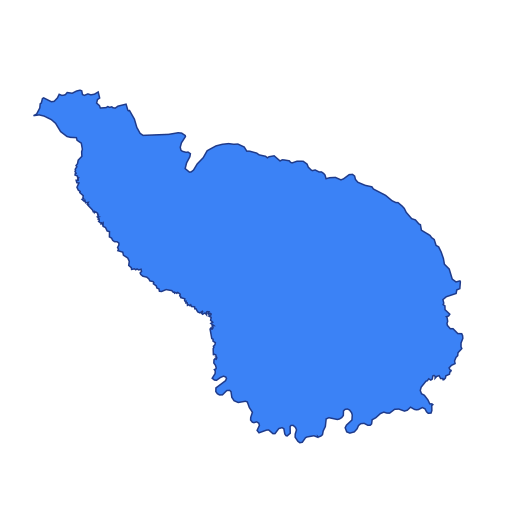 Valencia, Córdoba, Colombia (orthographic projection), rotated 81°
{"feature_id": "7082276B67113151062555", "entity_name": "Valencia", "entity_type": "district", "adm_level": 2, "iso_a3": "COL", "parent_name": "Colombia", "parent_adm1": "Córdoba", "projection": "orthographic", "projection_center": [-76.176, 8.204], "detail": "fine", "context": "isolated", "style": "filled", "palette": "blue", "viewbox_px": 512, "rotation_deg": 81, "n_neighbors": 0, "source": "geoboundaries", "source_scale": "gbopen_adm2", "svg_char_len": 6058}
<svg xmlns="http://www.w3.org/2000/svg" viewBox="0 0 512 512"><g transform="rotate(81 256 256)"><path d="M92.5,358.2L92.6,359.3L91.8,359.8L85.7,360.6L86.4,368.9L87.9,371.9L87.2,374.1L86.1,375.1L86.3,377.4L85.2,379.0L86.0,380.8L85.5,386.6L83.0,387.1L80.0,389.5L76.7,388.1L75.5,385.7L69.3,386.2L70.9,390.2L71.0,393.9L69.6,396.7L70.5,400.4L69.4,402.1L65.6,402.3L64.7,403.9L65.0,407.5L66.5,412.1L65.0,416.9L66.8,419.0L67.1,420.8L67.0,422.7L65.5,425.1L68.8,427.4L71.7,431.2L71.6,434.0L66.6,441.0L67.1,442.3L71.3,444.1L71.9,445.3L76.0,446.4L81.5,450.5L82.6,453.8L82.7,448.1L84.6,443.5L89.3,436.8L93.6,433.2L102.6,429.5L108.4,424.0L109.8,420.7L111.0,414.9L113.8,414.6L117.2,410.9L123.4,410.8L125.8,411.9L130.3,412.4L133.5,416.6L137.0,417.9L138.5,419.6L139.9,419.0L142.0,421.0L143.2,420.8L144.1,421.5L146.1,420.8L146.1,421.5L147.7,422.1L149.1,419.9L150.5,419.9L150.9,419.0L152.0,420.1L152.6,420.1L152.4,419.6L153.4,419.8L153.1,421.8L155.6,421.5L156.2,419.5L160.1,422.1L163.2,421.2L164.7,419.6L165.8,420.1L169.4,417.2L171.3,417.8L172.2,417.4L172.8,419.0L174.9,417.3L174.1,416.4L176.8,416.0L176.8,413.2L178.6,414.5L179.1,413.5L179.6,414.0L185.0,410.3L186.9,409.8L186.8,409.0L187.5,408.9L186.9,408.5L187.7,408.1L187.4,407.4L189.1,405.7L190.6,405.9L190.9,405.3L192.2,406.0L192.6,405.3L192.7,406.5L193.6,405.7L195.0,406.1L195.0,405.1L196.7,405.3L197.2,406.0L199.0,404.4L199.0,403.3L200.0,403.8L199.8,402.9L200.7,402.7L199.9,401.9L202.8,402.4L204.3,400.2L208.0,399.1L209.0,396.9L214.2,397.8L215.7,395.9L218.1,395.1L219.7,393.5L220.2,391.0L221.8,389.4L223.6,389.7L226.0,391.4L227.7,390.7L229.1,391.6L231.4,387.0L234.5,386.8L237.9,383.0L241.5,382.0L245.4,383.2L248.0,381.0L249.8,381.0L249.7,378.0L250.8,377.0L250.2,375.5L251.4,374.0L251.1,371.6L253.4,371.5L254.6,373.1L256.2,372.7L258.3,370.9L259.8,367.2L261.9,365.4L264.0,364.7L265.2,361.7L266.2,361.1L267.4,361.7L269.9,359.2L272.1,358.9L273.3,357.0L275.7,356.9L276.3,354.9L275.1,350.0L277.0,344.6L278.9,343.4L278.9,342.4L280.0,342.2L279.5,340.9L280.5,340.0L279.7,339.0L281.9,336.8L283.4,337.6L284.2,336.7L285.3,336.9L287.1,333.0L288.8,333.5L289.9,333.0L289.8,332.1L291.4,332.6L291.5,331.3L294.0,331.4L293.6,330.2L294.7,329.1L294.0,328.1L295.8,327.6L296.6,324.6L298.6,324.7L298.7,323.6L302.1,322.3L303.4,320.3L302.2,317.6L302.7,317.4L303.9,318.7L305.2,317.9L304.3,315.2L306.4,314.0L303.4,313.3L303.3,312.7L303.8,311.1L305.1,312.1L306.2,311.8L305.5,310.2L306.0,309.5L307.0,309.6L308.0,311.9L309.6,309.9L312.4,310.9L314.6,309.1L315.5,311.2L318.1,308.7L317.9,310.1L320.1,309.7L321.3,310.6L321.3,311.1L319.8,311.5L321.0,312.8L330.6,312.6L331.5,311.4L333.3,311.8L335.3,309.7L337.3,310.5L338.5,312.2L339.6,311.9L340.8,312.8L347.3,313.6L345.7,312.6L346.7,312.8L347.2,311.3L349.6,310.8L349.6,311.4L350.6,310.7L351.8,311.5L351.0,312.5L351.9,313.7L355.1,314.4L357.7,313.1L360.4,312.8L361.2,313.2L361.7,314.9L363.1,314.2L365.8,314.8L369.9,318.4L372.0,316.5L372.6,314.5L370.4,310.1L369.6,306.9L370.8,304.8L372.4,304.3L374.4,305.6L380.0,316.2L383.6,316.9L386.0,315.7L387.5,313.8L387.9,310.9L384.3,305.9L384.6,303.0L386.2,301.9L391.8,302.0L395.5,300.3L397.9,296.5L397.8,289.2L398.8,287.4L404.6,286.3L409.8,284.0L414.7,286.5L417.2,287.0L419.6,285.6L420.3,284.1L419.9,281.3L421.6,279.4L423.8,279.1L428.4,282.2L431.1,280.7L429.6,272.8L429.8,270.7L434.1,267.1L434.4,265.0L430.0,260.5L429.6,257.1L431.0,255.5L436.2,255.4L438.1,254.5L438.6,253.4L436.4,249.9L429.7,249.0L428.8,247.9L429.1,245.8L431.5,243.8L434.1,243.2L438.0,245.1L441.1,245.7L445.6,243.6L447.3,241.9L447.2,239.4L443.2,235.5L442.7,233.8L442.6,226.9L444.6,223.5L443.8,223.4L444.6,222.9L444.0,220.1L442.9,218.3L439.3,217.0L435.3,214.2L427.9,212.2L427.1,209.3L430.2,201.2L430.0,199.0L429.0,196.6L427.2,194.7L422.6,193.8L421.4,192.0L421.4,189.7L422.7,187.7L425.8,186.1L428.1,185.8L433.0,186.9L437.2,193.1L439.6,194.8L443.9,193.9L445.6,191.0L445.1,186.4L442.5,183.2L439.5,181.3L438.0,178.8L438.2,175.4L440.7,172.0L441.0,169.6L439.9,168.1L435.9,166.9L434.5,163.0L431.1,157.8L430.2,154.2L431.6,151.4L432.1,148.6L429.1,143.1L429.5,138.9L432.4,133.6L432.0,130.7L429.5,127.0L432.3,123.5L433.0,121.6L433.1,119.6L431.7,115.4L433.4,113.0L436.6,111.9L438.3,110.5L438.5,107.7L436.2,106.5L431.2,105.8L430.5,104.6L429.6,105.4L429.2,107.5L425.1,108.7L419.9,111.5L417.9,114.1L414.5,114.8L411.4,113.4L406.2,107.7L406.0,106.3L404.3,104.6L405.9,102.8L405.1,101.1L402.2,100.2L401.8,98.9L403.0,97.8L404.7,98.2L403.2,96.4L402.8,93.9L405.9,92.8L406.3,90.6L407.5,90.6L407.6,89.9L406.2,88.0L404.1,87.3L403.0,83.4L400.8,82.7L400.6,81.8L399.5,81.2L398.7,82.3L396.7,82.8L394.6,80.1L393.4,76.2L390.7,76.3L387.4,74.3L386.0,72.4L383.1,71.6L379.6,67.2L377.8,67.7L374.0,67.1L369.7,64.6L367.0,64.4L364.9,65.0L364.2,68.8L358.6,72.8L358.2,75.5L354.5,77.8L352.4,77.9L350.5,76.9L346.7,76.9L345.7,77.5L345.4,75.2L343.8,73.7L338.6,77.7L334.8,77.2L333.3,78.8L331.9,77.9L328.3,78.2L326.0,74.4L324.3,64.2L320.9,63.0L320.1,59.8L313.5,58.2L312.5,58.5L312.9,62.5L309.5,65.8L299.1,67.2L293.6,71.2L287.8,71.3L281.0,72.5L275.5,74.2L273.7,76.5L267.6,77.4L265.3,79.7L262.9,80.9L256.4,88.6L250.8,88.7L249.8,90.1L245.3,92.9L243.5,96.4L236.4,100.8L232.2,102.1L229.5,103.9L225.5,107.4L225.1,109.5L222.7,113.0L216.4,118.5L208.2,129.6L205.8,130.7L203.3,137.1L199.1,143.9L195.9,145.8L192.5,146.1L190.5,147.9L190.2,151.2L193.5,157.5L194.1,160.2L190.8,165.3L190.2,170.8L190.6,174.7L186.8,175.2L185.0,176.3L183.2,178.2L182.9,180.5L180.3,184.1L180.5,186.9L179.8,188.0L176.4,190.5L173.2,191.2L169.8,194.6L168.8,200.7L169.7,205.7L169.0,207.2L167.2,208.2L165.6,213.0L165.1,215.0L165.9,217.4L159.9,222.4L160.0,227.6L160.8,229.4L159.0,231.0L156.6,237.1L154.5,239.2L151.5,245.8L151.0,248.7L146.5,250.6L142.6,256.4L142.2,260.4L140.7,265.5L140.4,271.8L141.0,278.3L143.4,285.1L144.4,287.8L150.6,292.7L155.9,299.7L161.4,304.3L162.8,306.9L162.8,308.6L158.6,312.3L153.2,310.0L147.6,305.8L144.7,304.8L142.7,306.9L142.7,308.8L141.1,312.3L139.8,313.6L136.7,313.8L132.5,311.9L127.0,307.0L125.9,307.1L123.0,310.2L122.1,313.6L122.2,323.3L119.2,348.7L116.7,351.3L110.4,353.6L101.8,354.7L92.5,358.2Z" fill="#3b82f6" stroke="#1e3a8a" stroke-width="1.5"/></g></svg>